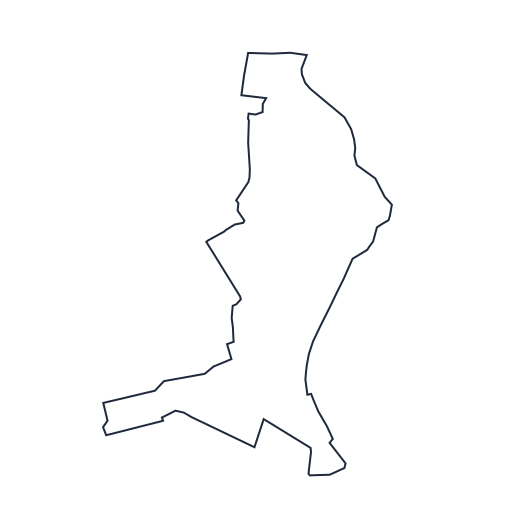 Rupea, Brasov, Romania (Albers equal-area conic projection), rotated 10°
{"feature_id": "2599482B2860524053107", "entity_name": "Rupea", "entity_type": "district", "adm_level": 2, "iso_a3": "ROU", "parent_name": "Romania", "parent_adm1": "Brasov", "projection": "albers", "projection_center": [25.275, 46.017], "detail": "fine", "context": "isolated", "style": "outline", "palette": "slate", "viewbox_px": 512, "rotation_deg": 10, "n_neighbors": 0, "source": "geoboundaries", "source_scale": "gbopen_adm2", "svg_char_len": 1377}
<svg xmlns="http://www.w3.org/2000/svg" viewBox="0 0 512 512"><g transform="rotate(10 256 256)"><path d="M364.5,230.6L365.9,227.2L368.8,221.4L369.2,216.9L370.1,206.8L375.1,202.1L380.3,197.8L380.9,193.2L380.9,181.9L372.5,175.4L360.0,158.9L352.4,155.2L339.6,149.0L335.5,140.1L335.0,132.6L332.4,124.2L327.7,114.6L319.1,104.1L304.5,95.7L301.6,94.1L280.4,81.9L274.4,77.0L269.6,69.0L268.3,63.9L271.1,49.3L254.5,49.9L236.7,53.9L213.0,57.4L212.9,80.4L213.7,100.2L238.6,98.8L236.3,105.0L237.5,113.1L230.9,116.8L224.0,117.0L224.2,122.0L225.4,123.6L228.6,145.8L234.9,171.8L236.0,180.0L235.6,184.6L226.8,204.7L229.5,207.1L230.0,214.5L238.4,223.2L237.6,225.6L229.6,228.7L221.9,235.5L220.6,237.3L206.2,248.9L204.6,250.7L247.4,298.6L248.6,301.3L245.0,307.0L241.7,309.1L242.8,321.2L245.6,330.2L248.2,341.6L248.9,344.4L242.8,347.8L249.7,361.8L233.4,372.2L226.0,380.9L187.1,395.2L179.9,406.2L131.1,427.2L138.4,444.0L135.1,451.1L139.6,458.5L193.1,434.4L191.4,431.4L203.6,422.3L212.2,422.8L220.3,425.8L287.7,444.6L291.9,415.3L343.1,435.5L344.2,439.5L345.5,461.2L347.0,462.7L366.6,458.6L379.9,449.4L380.2,444.7L360.9,427.2L363.4,422.8L355.3,411.2L344.4,398.3L338.3,388.9L334.2,382.2L330.7,383.7L328.9,378.0L326.1,369.1L325.4,361.6L325.0,355.1L325.1,343.5L327.0,330.2L331.8,312.9L337.7,293.2L342.0,277.8L346.1,264.0L351.6,241.9L364.5,230.6Z" fill="none" stroke="#1e293b" stroke-width="2"/></g></svg>